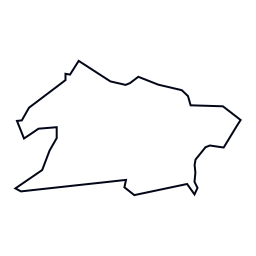 outline of Union, New Jersey, United States of America
{"feature_id": "52423323B67748143135818", "entity_name": "Union", "entity_type": "district", "adm_level": 2, "iso_a3": "USA", "parent_name": "United States of America", "parent_adm1": "New Jersey", "projection": "albers", "projection_center": [-74.293, 40.666], "detail": "fine", "context": "isolated", "style": "outline", "palette": "ink", "viewbox_px": 256, "rotation_deg": 0, "n_neighbors": 0, "source": "geoboundaries", "source_scale": "gbopen_adm2", "svg_char_len": 663}
<svg xmlns="http://www.w3.org/2000/svg" viewBox="0 0 256 256"><path d="M223.7,147.5L236.6,126.3L240.6,120.0L222.9,106.3L190.6,105.3L188.0,96.1L181.8,90.2L158.4,84.7L138.3,76.8L130.0,83.1L125.6,84.9L110.4,81.4L78.7,60.9L70.0,74.6L65.5,73.8L65.5,80.1L29.0,107.7L21.8,120.4L17.0,120.9L24.0,138.5L38.5,128.7L56.7,127.2L56.7,138.1L49.6,150.5L42.2,170.0L15.4,188.4L21.0,191.4L33.5,190.0L87.5,184.1L101.5,182.6L126.0,179.9L124.4,187.3L134.3,195.1L187.1,184.0L194.5,194.4L197.5,187.9L194.5,181.8L195.4,172.7L194.6,165.0L195.5,159.7L196.7,158.1L199.0,155.3L205.5,147.2L209.9,145.5L217.3,146.6L223.6,147.5L223.7,147.5Z" fill="none" stroke="#020617" stroke-width="2"/></svg>